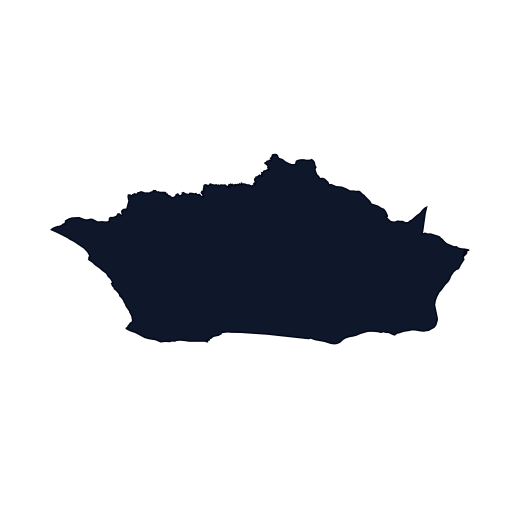 the district of San Vicente, Manabi, Ecuador, rotated 285°
{"feature_id": "8360857B32619791172197", "entity_name": "San Vicente", "entity_type": "district", "adm_level": 2, "iso_a3": "ECU", "parent_name": "Ecuador", "parent_adm1": "Manabi", "projection": "equal_earth", "projection_center": [-80.343, -0.465], "detail": "fine", "context": "isolated", "style": "filled", "palette": "ink", "viewbox_px": 512, "rotation_deg": 285, "n_neighbors": 0, "source": "geoboundaries", "source_scale": "gbopen_adm2", "svg_char_len": 6136}
<svg xmlns="http://www.w3.org/2000/svg" viewBox="0 0 512 512"><g transform="rotate(285 256 256)"><path d="M363.5,284.8L362.8,284.2L361.7,281.4L361.2,279.2L361.3,278.1L360.9,276.1L360.2,273.9L358.7,271.3L357.9,270.5L355.2,270.6L354.7,270.3L353.9,269.1L353.7,268.0L353.3,267.5L353.6,263.8L354.4,259.8L355.9,256.6L356.1,252.8L357.0,251.6L358.2,250.9L359.2,249.6L359.0,248.1L358.1,246.0L357.5,245.7L357.1,246.1L356.6,245.8L355.9,246.1L355.3,245.5L354.9,245.5L354.2,244.8L352.9,246.1L351.9,245.1L351.9,244.2L351.2,243.8L350.2,242.1L349.0,241.7L348.1,240.6L347.6,241.1L347.6,242.4L346.9,243.0L346.2,244.6L344.7,244.5L344.3,245.4L343.6,245.3L342.7,245.8L342.4,244.6L341.6,244.4L340.8,243.4L340.2,241.8L337.9,241.1L337.9,240.1L336.8,240.7L336.3,240.3L335.8,240.4L335.1,241.5L334.8,241.5L334.5,240.0L334.9,238.4L334.2,237.9L333.3,238.0L333.2,237.2L332.7,237.3L332.3,235.7L331.6,235.7L330.5,235.0L329.1,235.0L328.4,235.5L327.6,236.8L327.1,236.3L326.3,236.5L326.3,235.9L325.8,235.4L325.6,236.5L324.4,236.9L324.2,236.7L324.4,235.7L322.9,234.4L322.2,234.2L322.1,233.9L322.5,233.0L322.4,232.2L322.8,231.0L322.3,229.0L322.5,226.5L322.2,225.0L321.7,224.2L322.4,223.5L322.5,223.2L321.4,223.2L320.9,222.7L320.9,222.3L321.4,221.6L321.3,221.3L320.6,221.3L320.2,220.6L320.3,219.6L319.5,218.6L319.6,217.5L319.2,217.2L318.5,217.8L318.2,217.4L318.9,216.2L318.2,215.3L318.9,214.4L318.1,214.0L318.7,212.8L318.3,212.5L318.0,212.7L317.9,211.5L317.0,211.4L316.3,211.7L316.0,212.9L315.4,211.9L314.9,211.6L314.9,211.1L315.7,210.7L315.8,209.5L316.0,208.5L316.5,208.0L316.4,207.3L315.8,205.8L315.5,203.7L314.5,202.6L314.7,201.4L314.1,200.3L314.4,199.2L313.6,197.5L313.5,195.4L313.1,194.7L313.2,194.3L313.8,193.9L313.8,193.5L313.3,192.9L312.2,192.5L311.5,191.7L311.6,190.5L311.3,190.9L310.9,190.8L311.0,189.8L311.6,189.0L311.3,188.1L310.7,187.6L310.1,187.9L309.0,187.7L308.4,188.5L307.4,187.9L304.8,188.8L304.5,188.6L304.8,187.6L304.6,187.2L303.2,186.8L302.6,187.2L302.2,188.6L301.5,188.6L301.2,189.5L300.5,189.4L299.6,189.9L299.4,189.6L299.2,187.7L300.1,186.6L300.7,185.1L299.8,183.5L299.9,183.0L300.7,181.9L300.6,181.4L299.9,180.9L300.0,180.0L299.5,179.8L299.9,178.3L299.4,175.9L299.0,175.7L298.3,176.3L298.0,175.8L297.6,172.1L298.4,169.4L297.7,168.5L297.0,169.1L294.8,168.1L294.5,167.5L294.7,167.0L294.5,165.0L295.5,164.7L295.5,164.1L295.0,163.9L294.5,163.1L293.0,163.0L291.6,161.9L290.7,160.7L290.8,158.6L291.6,157.2L291.7,155.3L292.9,153.9L292.4,152.4L292.9,152.1L293.8,152.1L293.3,149.4L292.6,149.1L292.9,148.0L292.4,146.3L292.7,145.1L292.0,143.9L292.2,143.0L293.0,142.2L292.6,140.2L291.1,139.4L290.1,137.6L288.8,136.6L288.9,135.7L287.9,131.8L288.2,130.5L288.2,128.2L287.4,127.5L286.3,125.5L284.9,125.0L284.5,124.6L284.1,123.6L284.5,123.3L284.7,122.8L283.7,121.8L283.3,121.1L282.2,121.2L281.9,119.1L282.2,118.9L282.2,118.0L281.9,117.0L280.4,117.1L278.1,118.1L276.6,119.1L267.8,119.1L266.5,115.8L264.5,114.7L261.0,116.4L260.5,116.3L260.2,116.1L260.1,115.2L261.0,113.6L261.2,113.0L261.0,112.1L260.5,111.6L258.4,111.3L256.1,108.2L255.5,105.7L254.9,105.0L254.1,104.8L251.6,105.3L250.7,104.4L249.8,102.3L249.2,98.6L248.0,95.1L247.8,93.7L248.9,88.8L248.8,87.0L247.4,84.4L246.7,82.4L246.7,80.1L247.2,75.2L245.0,68.5L243.5,66.0L240.6,63.0L239.2,63.5L238.3,63.0L237.6,63.5L237.0,61.7L234.8,60.1L234.1,58.9L233.3,58.1L233.3,57.3L231.8,54.9L230.0,52.7L228.5,51.6L227.5,58.0L225.2,69.0L224.2,71.9L223.1,76.8L219.2,88.1L216.6,92.3L213.5,95.3L212.6,95.7L211.5,95.0L210.5,95.5L209.6,95.2L209.2,95.7L207.8,99.9L205.9,103.2L204.0,108.6L202.6,111.2L200.7,116.1L198.0,118.7L197.5,120.0L196.1,122.1L193.4,124.6L193.1,124.8L192.1,123.7L190.0,125.3L189.0,127.0L187.6,127.8L187.1,129.4L184.9,132.8L183.5,134.3L182.3,134.8L181.1,137.1L178.9,139.8L177.8,140.4L176.4,141.9L174.0,143.7L170.2,148.2L169.1,148.8L166.1,151.6L162.1,153.5L160.5,153.6L160.1,153.5L158.4,151.9L157.2,151.6L155.6,150.8L153.6,150.4L152.7,149.4L152.3,149.6L151.4,153.9L151.0,159.5L148.6,169.8L148.6,174.4L149.3,180.7L148.5,186.2L150.2,190.4L151.0,194.7L152.2,196.4L152.9,199.7L154.1,201.2L155.3,204.6L156.2,210.1L156.5,213.4L160.7,229.0L160.4,231.0L160.7,231.3L161.9,230.6L162.7,232.4L164.2,232.6L165.4,234.1L166.5,234.7L167.5,235.7L169.9,240.3L171.9,242.4L172.7,242.2L173.4,242.8L175.7,249.0L175.8,250.5L178.4,261.0L183.5,286.8L189.9,328.2L190.3,329.0L191.1,329.5L190.6,334.7L191.4,344.2L191.1,351.0L191.6,354.5L192.5,356.6L194.4,359.2L198.1,361.5L200.2,363.6L202.4,367.0L203.6,369.8L205.5,373.2L208.2,376.6L211.7,382.3L212.6,384.2L213.7,388.2L214.6,393.2L214.7,396.7L215.4,397.4L215.9,398.7L216.0,401.4L216.6,404.1L215.7,408.9L215.7,410.3L217.2,411.5L218.1,411.8L218.5,413.3L221.7,418.2L224.1,423.8L225.0,425.0L226.0,429.3L226.4,434.2L226.9,437.2L229.0,441.9L233.3,446.4L236.2,447.5L241.2,447.6L242.8,447.1L255.0,441.0L259.3,440.6L263.4,440.9L268.6,442.1L271.4,443.6L277.1,445.7L281.4,448.1L284.4,448.9L286.7,449.0L291.4,450.5L294.7,452.6L296.0,454.5L296.7,454.9L300.5,455.7L306.5,457.6L308.7,456.2L310.0,455.8L312.8,456.5L314.1,456.3L315.5,455.5L316.1,455.5L316.7,456.2L316.0,453.0L315.9,449.0L316.8,447.2L316.3,446.0L316.0,444.6L317.1,436.8L318.3,434.3L320.3,431.3L321.1,429.2L321.7,428.6L322.0,427.6L322.4,419.1L321.5,415.7L321.7,413.4L320.7,411.7L320.5,410.4L323.0,410.5L341.1,408.3L347.1,408.1L345.9,406.8L343.3,405.2L339.3,403.4L336.8,401.2L330.3,396.9L330.1,396.2L329.5,395.7L327.5,394.4L326.7,391.6L327.3,388.5L326.7,386.8L326.3,383.8L325.0,382.1L324.4,380.9L324.1,378.7L324.1,377.2L324.6,375.9L327.1,371.3L327.4,372.0L328.0,372.5L328.9,372.4L332.4,369.5L334.1,367.3L334.5,364.0L335.2,362.2L335.7,359.9L335.9,353.9L338.3,351.5L341.5,345.9L342.3,345.0L342.8,343.2L344.9,339.5L345.0,338.4L344.2,336.3L343.9,333.4L343.1,330.4L343.1,329.1L344.0,325.9L344.6,321.1L343.6,315.3L344.4,310.0L343.5,308.3L344.1,307.4L345.3,306.8L346.0,305.9L348.0,302.2L348.1,299.8L347.3,298.3L347.4,297.4L349.0,295.8L350.3,293.5L353.2,291.4L355.1,290.3L357.3,290.8L358.6,289.4L361.4,288.1L362.5,286.9L363.5,284.8ZM316.8,460.4L316.7,457.3L316.6,456.6L316.1,456.0L315.4,455.9L312.8,457.0L310.5,456.5L309.7,456.7L312.9,458.6L314.4,458.5L315.0,458.0L315.9,458.3L316.8,460.4Z" fill="#0f172a" stroke="#020617" stroke-width="1.5"/></g></svg>